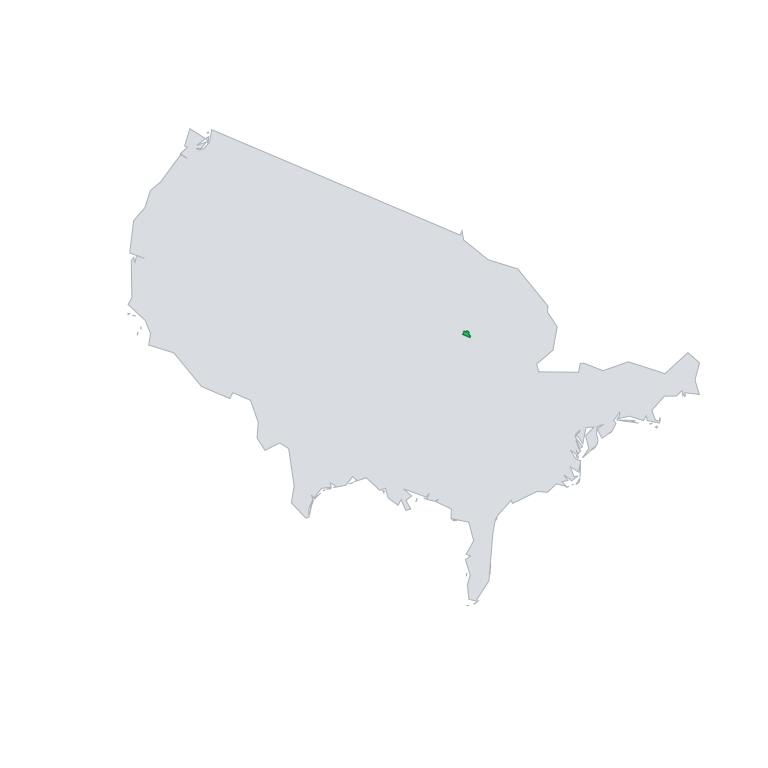 location of Jackson, Iowa, United States of America, rotated 23°
{"feature_id": "52423323B11078119657450", "entity_name": "Jackson", "entity_type": "district", "adm_level": 2, "iso_a3": "USA", "parent_name": "United States of America", "parent_adm1": "Iowa", "projection": "equal_earth", "projection_center": [-90.354, 42.208], "detail": "fine", "context": "in_parent", "style": "filled", "palette": "green", "viewbox_px": 768, "rotation_deg": 23, "n_neighbors": 0, "source": "geoboundaries", "source_scale": "gbopen_adm2", "svg_char_len": 4300}
<svg xmlns="http://www.w3.org/2000/svg" viewBox="0 0 768 768"><g transform="rotate(23 384 384)"><path d="M600.3,268.1L638.6,264.7L651.5,236.4L666.3,241.3L668.6,258.7L678.3,270.4L664.0,274.6L663.6,277.9L660.8,273.8L657.8,280.8L646.9,285.6L640.8,303.5L647.9,311.2L652.2,310.3L650.7,306.9L652.2,308.5L652.9,312.3L640.6,314.8L637.9,310.7L637.1,316.3L622.7,317.6L612.4,324.8L613.2,320.7L612.0,318.1L609.7,327.8L612.9,329.6L612.4,338.0L605.8,348.8L597.7,342.0L601.9,335.3L596.8,340.0L599.4,347.5L602.9,351.9L603.8,356.7L595.5,374.5L597.7,363.3L589.8,352.8L594.0,341.8L586.9,345.1L590.4,361.4L583.1,356.5L580.7,357.0L582.7,351.9L582.4,350.3L580.3,354.3L580.3,357.7L591.3,364.1L589.1,367.1L584.1,361.3L582.2,360.3L588.5,367.2L591.2,368.6L589.9,372.8L586.5,369.5L591.9,375.8L590.7,376.7L588.0,373.5L581.4,372.0L589.8,378.0L595.0,377.8L600.9,393.2L595.8,381.4L597.6,389.0L587.8,387.4L595.1,395.0L598.5,392.9L594.5,399.8L585.1,397.3L590.9,401.0L586.1,404.4L592.0,407.0L581.7,408.6L576.7,419.9L567.0,423.0L549.0,443.7L546.5,441.4L540.0,460.5L539.5,465.3L542.9,480.0L557.5,524.1L553.4,547.7L546.4,549.1L539.3,536.4L537.8,525.9L527.6,513.9L530.9,508.5L526.1,508.7L527.8,493.3L516.0,478.1L498.2,481.7L494.9,472.8L477.4,472.0L479.6,468.6L476.5,472.0L468.5,473.6L468.4,466.8L467.1,471.6L443.0,472.9L453.3,476.3L449.7,482.6L457.5,488.7L453.6,491.9L444.9,483.8L444.3,490.1L432.5,487.4L425.9,479.4L421.8,483.5L404.5,477.3L394.2,486.0L396.8,483.6L391.4,481.3L388.5,492.2L377.7,499.2L380.3,497.1L373.3,496.0L375.7,499.7L367.4,504.3L364.0,516.4L360.4,514.5L363.5,517.7L363.8,528.9L367.0,535.7L364.5,538.1L345.1,529.5L341.2,513.1L321.5,480.7L311.0,479.0L300.4,491.6L288.2,483.2L283.2,468.4L267.5,451.2L248.2,451.0L247.8,457.6L216.9,457.6L178.5,437.5L152.1,440.1L149.6,429.1L139.5,418.8L117.4,410.8L118.2,403.1L103.1,369.0L104.2,365.4L107.5,369.9L106.0,362.5L114.4,361.9L98.8,362.8L89.7,331.6L95.0,315.2L93.4,297.1L99.4,285.4L107.2,252.4L114.7,253.2L106.5,251.6L110.5,242.8L107.5,242.9L105.6,224.8L123.9,227.9L118.5,237.4L125.8,230.7L123.9,238.6L119.0,240.6L122.2,240.9L126.3,237.6L128.9,229.5L126.0,217.2L395.8,217.2L396.0,212.5L401.0,220.3L431.3,228.9L462.2,225.8L504.5,248.2L506.5,254.1L521.1,263.7L526.3,287.0L516.7,306.0L521.7,312.3L558.5,297.2L556.6,288.4L559.8,286.8L580.3,286.2L600.3,268.1ZM627.4,321.6L633.6,320.6L612.0,326.3L629.6,319.4L627.4,321.6ZM126.0,224.8L127.6,229.8L127.3,230.6L124.5,226.8L126.0,224.8ZM366.7,533.8L364.3,523.9L364.6,518.4L364.8,524.2L366.7,533.8ZM665.7,275.3L665.8,278.0L664.8,277.4L665.7,275.3ZM426.0,482.2L426.5,484.5L424.6,482.7L426.0,482.2ZM125.4,419.5L128.1,418.3L128.3,418.6L125.4,419.5ZM122.6,418.7L121.4,420.2L120.7,418.9L122.6,418.7ZM646.4,315.2L644.8,317.0L644.3,316.6L646.4,315.2ZM366.2,513.2L364.6,517.7L368.4,509.1L366.2,513.2ZM553.2,509.5L556.0,518.2L552.8,508.6L553.2,509.5ZM138.1,426.5L139.0,428.8L137.9,426.7L138.1,426.5ZM554.6,549.0L552.4,551.9L555.9,546.0L554.6,549.0ZM602.0,398.4L599.8,401.7L601.3,393.9L602.0,398.4ZM124.2,220.7L124.0,222.2L123.0,221.4L124.2,220.7ZM375.7,501.4L371.9,503.4L375.8,500.8L375.7,501.4ZM652.4,316.1L652.4,318.1L650.5,317.6L652.4,316.1ZM137.4,432.9L138.0,435.7L137.0,433.2L137.4,432.9ZM370.9,505.1L369.4,506.2L370.7,504.5L370.9,505.1ZM603.0,360.1L600.7,364.4L603.3,358.5L603.0,360.1ZM393.1,487.9L390.6,489.7L394.1,486.7L393.1,487.9ZM540.5,462.8L540.1,466.3L539.8,463.9L540.5,462.8ZM592.9,407.6L592.1,408.3L594.4,405.7L592.9,407.6ZM504.6,480.9L501.6,482.7L500.4,482.4L504.6,480.9ZM467.4,473.0L466.9,473.6L465.1,473.5L467.4,473.0ZM534.5,526.3L535.0,528.8L534.0,525.7L534.5,526.3ZM459.7,477.9L459.3,480.3L459.1,476.1L459.7,477.9ZM547.9,555.3L546.3,555.5L548.6,554.8L547.9,555.3ZM612.0,339.4L610.9,341.5L612.2,338.5L612.0,339.4ZM597.9,402.3L596.9,403.1L596.7,403.0L597.9,402.3Z" fill="#d9dde1" stroke="#a8b0b8" stroke-width="1"/><path d="M437.2,307.5L440.8,307.5L444.8,307.5L444.8,307.4L444.7,307.4L444.7,307.2L444.7,306.9L444.8,306.6L444.8,306.4L444.7,306.4L444.5,306.2L444.4,306.2L444.3,305.9L444.2,305.8L444.0,305.7L443.8,305.6L443.7,305.6L443.4,305.4L443.2,305.3L443.0,305.2L442.9,305.2L442.7,305.2L442.4,304.9L442.3,304.7L442.2,304.6L442.1,304.4L442.0,304.2L442.1,303.8L442.1,303.7L442.0,303.4L441.9,303.2L441.7,303.0L441.6,302.9L439.6,302.8L439.6,304.0L437.2,304.0L437.2,307.5Z" fill="#22c55e" stroke="#15803d" stroke-width="1.5"/></g></svg>